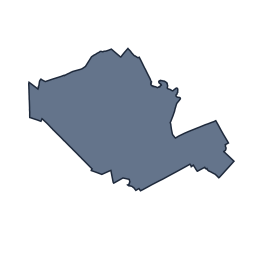 the district of Dobrotesti, Teleorman, Romania, rotated 64°
{"feature_id": "2599482B98180276767532", "entity_name": "Dobrotesti", "entity_type": "district", "adm_level": 2, "iso_a3": "ROU", "parent_name": "Romania", "parent_adm1": "Teleorman", "projection": "albers", "projection_center": [24.898, 44.284], "detail": "fine", "context": "isolated", "style": "filled", "palette": "slate", "viewbox_px": 256, "rotation_deg": 64, "n_neighbors": 0, "source": "geoboundaries", "source_scale": "gbopen_adm2", "svg_char_len": 5335}
<svg xmlns="http://www.w3.org/2000/svg" viewBox="0 0 256 256"><g transform="rotate(64 128 128)"><path d="M150.1,179.7L150.3,179.5L151.7,178.1L154.7,175.2L158.2,171.9L158.3,169.1L158.5,163.2L158.6,162.0L170.2,165.1L170.4,165.1L171.3,165.0L171.3,164.7L170.8,156.3L170.7,154.6L170.9,154.2L174.3,149.9L174.4,149.7L174.7,149.5L174.9,149.4L175.7,149.7L176.7,149.8L177.1,149.9L177.4,150.1L177.6,150.3L177.6,150.5L178.3,151.0L178.9,151.4L178.9,151.5L178.8,151.8L179.3,152.3L179.1,152.6L179.1,152.8L179.0,153.0L179.0,153.3L180.0,152.8L180.2,152.7L180.7,152.1L180.8,151.6L181.0,151.3L181.6,150.8L182.1,150.1L182.6,149.8L183.6,149.4L184.1,149.0L187.5,148.3L187.2,144.7L189.9,144.3L189.9,142.0L189.7,137.1L189.4,131.4L189.2,123.1L189.2,119.3L188.9,113.2L188.4,101.1L188.0,93.2L187.7,88.2L188.6,88.1L189.2,87.9L190.5,88.1L190.2,86.5L190.0,85.6L193.2,85.2L194.7,85.1L197.2,84.7L197.3,84.4L197.2,83.0L197.0,77.5L197.0,76.3L197.7,76.3L197.7,76.2L198.8,75.9L198.9,75.5L198.9,75.1L199.0,74.9L199.2,75.1L199.5,75.2L199.8,75.0L200.5,74.9L201.8,74.4L202.1,74.2L202.4,73.9L203.8,72.8L206.2,71.1L207.5,70.1L207.8,69.9L210.5,68.9L211.1,68.7L212.5,68.3L212.5,68.0L212.5,67.7L210.1,61.6L209.8,60.9L206.7,53.2L205.0,49.0L204.3,47.3L197.3,49.9L192.6,51.7L191.5,52.2L191.3,52.3L191.2,52.3L191.1,52.1L190.9,51.4L191.0,51.2L190.9,50.9L190.9,50.6L190.7,50.2L190.5,49.8L190.4,49.7L190.2,49.5L189.7,49.3L189.5,49.0L189.1,48.7L188.8,48.6L188.6,48.6L188.3,48.5L187.7,48.6L187.1,48.5L186.9,48.4L186.7,48.1L185.9,47.9L185.7,47.9L185.6,47.1L185.5,44.3L185.0,44.3L178.8,44.8L175.4,45.1L175.2,45.1L170.1,45.4L169.8,45.4L164.8,45.6L159.9,45.9L159.9,48.3L159.7,49.6L159.5,52.0L159.3,54.4L159.0,56.6L158.9,57.7L158.7,61.3L158.6,62.3L158.6,63.1L158.5,64.1L158.3,66.7L157.7,75.1L157.5,79.5L157.5,80.8L157.5,83.4L157.5,86.0L157.7,88.2L157.8,89.8L157.3,90.0L153.6,90.8L153.3,90.8L152.3,90.6L148.4,89.6L144.6,88.4L144.2,88.2L142.8,87.8L142.2,87.8L141.6,87.7L141.4,87.4L141.2,87.1L140.5,86.3L137.9,83.5L136.9,82.4L133.5,79.0L133.0,78.5L132.6,78.3L131.0,76.9L130.5,76.5L129.9,75.8L129.2,75.3L128.5,74.6L128.0,74.1L127.6,73.8L127.1,73.0L125.4,69.4L124.7,68.1L124.4,68.0L123.9,67.9L123.7,68.0L123.3,68.2L123.0,68.5L122.7,68.9L122.5,69.5L122.1,70.0L121.5,70.4L120.7,70.8L120.1,70.7L119.8,70.6L119.4,70.3L119.2,70.1L119.2,69.7L119.0,69.1L118.9,69.0L118.7,69.0L118.0,68.3L117.8,68.1L117.8,67.8L117.6,67.7L117.4,67.5L116.4,67.1L115.9,66.7L115.5,66.5L114.7,66.3L114.2,66.2L113.5,66.6L113.4,66.8L113.3,67.1L113.3,67.3L113.4,67.6L113.4,68.0L113.6,68.3L113.6,69.0L113.7,69.5L114.1,70.6L114.2,71.0L114.2,71.5L114.0,71.8L113.7,72.1L113.1,72.4L112.9,72.6L112.0,73.1L111.3,73.8L111.1,74.1L110.4,74.8L109.8,75.1L109.6,75.2L109.4,75.2L108.8,74.9L108.7,74.7L107.7,74.1L107.6,73.9L106.9,73.7L106.6,73.7L106.4,73.7L105.9,73.5L105.7,73.5L105.3,73.3L104.9,73.3L104.8,73.5L104.3,73.3L103.1,74.0L102.7,74.2L102.5,74.4L102.2,74.5L102.0,74.9L101.6,75.0L101.2,75.7L101.2,75.9L100.5,76.6L100.3,76.7L100.2,76.9L100.1,77.2L99.4,77.9L99.4,78.2L99.4,78.6L99.4,78.9L99.4,79.0L99.6,79.0L99.4,79.4L99.7,79.8L99.9,80.1L100.2,80.2L100.5,80.2L101.4,80.2L102.2,79.6L102.8,79.6L103.1,79.4L103.3,79.1L103.6,79.1L103.9,79.3L104.1,79.3L104.1,79.5L104.1,80.0L104.3,80.2L104.4,80.8L104.8,81.0L104.8,81.4L104.9,81.5L104.5,81.8L104.5,82.1L104.8,82.5L104.6,83.4L104.6,83.7L104.6,83.9L104.4,84.1L103.3,84.9L102.7,85.5L102.6,85.8L102.4,85.9L102.4,86.2L102.3,86.4L101.8,86.7L101.6,86.7L101.5,86.8L101.5,87.0L101.6,87.3L101.2,87.4L100.9,87.4L100.6,87.8L100.3,87.9L100.1,88.1L100.1,88.3L99.6,88.3L99.1,88.2L98.7,88.4L98.4,88.3L98.1,88.1L98.0,87.8L98.0,87.6L97.9,87.6L97.3,87.5L97.2,87.5L97.1,87.2L97.0,86.8L97.0,86.7L96.8,86.6L96.1,86.8L94.8,86.8L94.5,86.7L94.2,86.6L92.8,86.6L87.8,86.7L87.4,86.7L82.5,86.7L81.9,86.8L73.6,86.8L69.3,86.9L69.3,87.5L69.3,87.9L69.2,88.2L68.9,88.5L67.3,89.5L66.5,89.9L66.1,90.4L65.8,90.6L65.4,90.8L61.6,91.9L60.4,92.0L58.2,92.7L57.1,93.1L56.5,93.2L58.5,98.0L59.8,100.8L60.8,102.7L61.0,103.1L61.0,103.4L60.9,103.6L49.8,108.4L49.6,111.3L49.4,112.7L49.3,113.6L49.2,114.3L48.5,115.8L48.5,116.1L48.5,117.1L48.4,117.4L47.4,118.5L47.2,118.9L47.0,119.4L47.1,119.7L47.3,120.7L47.3,123.1L47.5,124.2L47.6,125.3L47.6,126.4L47.6,127.0L47.7,127.3L48.0,129.4L48.1,129.7L54.0,139.2L54.1,139.7L54.5,142.4L54.6,143.4L54.6,143.7L54.6,144.0L54.4,145.3L53.5,150.0L53.1,152.4L53.0,152.5L53.0,153.2L52.9,155.0L53.0,156.5L52.9,158.7L53.0,162.2L52.6,162.3L52.3,165.7L51.0,174.3L50.1,181.4L50.0,182.0L49.1,182.7L47.8,183.7L46.6,184.5L45.9,184.8L46.1,185.3L46.6,186.2L46.8,186.5L47.1,186.9L48.0,187.6L48.8,188.1L49.8,188.8L50.6,189.3L50.9,189.6L51.9,190.8L52.1,190.8L52.3,190.7L52.5,190.8L52.9,191.3L53.2,191.5L53.4,191.8L53.5,191.9L51.2,193.0L43.5,196.9L44.0,197.3L44.7,197.8L47.7,199.1L49.4,199.9L50.4,200.3L53.4,201.7L53.8,201.8L54.5,202.2L55.5,202.6L58.9,204.2L60.0,204.6L67.1,207.8L68.0,208.3L70.7,209.4L73.7,210.9L75.5,211.7L76.1,211.0L78.1,209.0L81.2,205.8L82.6,204.5L83.8,203.3L82.0,201.2L83.6,200.5L84.3,200.3L87.9,198.9L90.2,198.1L92.8,197.3L94.5,196.8L95.1,196.5L96.5,196.2L97.7,195.7L102.4,194.1L104.0,193.5L106.6,192.6L106.8,192.5L111.3,191.1L112.3,190.6L113.6,190.2L116.3,189.3L118.4,188.6L122.3,187.2L122.8,187.1L127.9,185.3L131.9,184.0L134.0,183.2L134.9,183.0L137.7,182.0L144.3,179.8L146.4,179.1L149.1,178.2L149.2,178.5L149.3,178.9L149.4,179.1L150.1,179.7Z" fill="#64748b" stroke="#1e293b" stroke-width="1.5"/></g></svg>